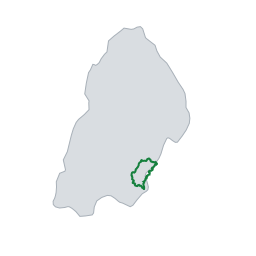 location of Kurtoe, Lhuntshi, Bhutan, rotated 110°
{"feature_id": "84629894B57016809532633", "entity_name": "Kurtoe", "entity_type": "district", "adm_level": 2, "iso_a3": "BTN", "parent_name": "Bhutan", "parent_adm1": "Lhuntshi", "projection": "robinson", "projection_center": [90.998, 27.926], "detail": "medium", "context": "in_parent", "style": "outline", "palette": "green", "viewbox_px": 256, "rotation_deg": 110, "n_neighbors": 0, "source": "geoboundaries", "source_scale": "gbopen_adm2", "svg_char_len": 3023}
<svg xmlns="http://www.w3.org/2000/svg" viewBox="0 0 256 256"><g transform="rotate(110 128 128)"><path d="M200.6,110.3L200.2,111.9L198.6,116.1L197.5,120.7L198.4,124.4L202.2,128.9L207.2,132.4L213.7,132.7L219.6,131.3L221.9,131.9L225.2,137.9L227.5,143.0L224.4,148.3L222.7,153.0L222.1,156.3L222.5,157.7L224.4,160.4L226.6,165.0L226.9,169.2L225.5,172.0L222.5,173.3L219.2,172.9L216.5,173.0L213.2,173.5L207.9,175.0L203.0,177.0L193.9,176.7L190.2,172.5L188.5,172.5L180.1,177.9L171.0,176.9L154.5,178.7L147.5,179.1L140.4,178.6L136.8,177.4L130.2,173.6L124.1,170.9L117.9,173.4L115.8,173.9L110.8,180.3L100.1,182.5L89.4,184.0L86.3,183.2L80.2,182.8L80.0,181.3L80.2,179.8L78.8,178.6L76.4,177.4L72.2,176.9L66.8,175.3L63.7,173.8L52.8,176.1L46.4,172.6L39.2,168.0L35.5,165.9L34.2,158.7L32.9,156.4L30.1,153.9L28.5,151.0L29.8,148.1L37.1,142.5L37.7,141.2L41.0,130.9L45.7,127.2L50.3,122.0L53.8,113.7L60.5,105.2L67.8,96.5L72.9,89.5L76.2,86.2L83.1,82.6L88.9,80.5L92.9,75.8L97.7,73.2L102.6,72.0L109.9,72.6L116.8,74.3L124.4,76.7L125.3,78.6L124.6,81.9L123.5,85.3L123.5,87.1L124.6,88.0L132.0,88.7L141.1,88.2L146.2,88.6L157.5,91.8L160.8,94.0L164.3,95.7L167.7,95.4L171.9,91.8L176.4,88.7L179.2,88.2L181.3,89.2L184.9,92.1L192.3,94.9L199.0,97.0L201.2,99.0L200.4,107.5L200.6,110.3Z" fill="#d9dde1" stroke="#a8b0b8" stroke-width="1"/><path d="M153.6,103.7L153.5,104.2L154.1,104.6L154.4,104.5L154.5,104.3L154.8,104.2L155.4,104.3L156.1,105.0L156.7,105.4L158.1,105.6L159.5,105.2L160.8,105.4L161.0,105.5L161.5,105.4L162.3,105.9L163.0,105.9L163.9,106.5L164.3,106.6L164.9,106.3L165.4,106.4L166.4,106.2L166.8,106.3L167.8,106.9L167.8,107.6L167.7,107.8L168.0,108.5L168.6,108.9L169.5,108.9L171.2,108.6L171.7,107.8L172.4,107.7L172.6,107.2L172.9,107.0L173.6,106.7L174.6,106.7L175.0,105.9L175.4,104.6L176.4,104.4L176.9,104.9L177.4,105.0L178.0,104.7L177.9,103.9L178.0,103.2L177.8,102.7L178.1,102.2L179.0,102.2L179.6,101.5L179.5,99.6L179.3,99.3L178.4,99.1L177.7,98.2L177.8,97.8L178.3,97.3L178.3,97.1L178.0,96.7L177.8,96.0L178.5,95.2L178.6,94.8L179.3,94.2L179.4,92.8L179.6,92.7L179.9,92.4L179.8,92.1L178.7,92.3L178.2,92.7L177.5,92.9L177.1,93.4L175.3,94.5L174.5,94.5L173.9,94.1L172.8,94.5L172.8,94.8L171.9,94.1L171.4,94.2L171.1,94.0L170.5,94.0L169.8,94.2L169.1,93.4L168.7,93.8L168.2,93.5L167.5,93.4L167.3,93.6L167.4,94.1L166.4,93.9L166.1,93.2L165.5,93.2L164.8,92.5L164.4,91.9L164.1,92.1L162.8,92.1L162.5,92.7L162.5,93.2L161.9,93.5L161.6,93.5L161.4,93.1L161.0,93.0L160.6,92.6L160.5,91.9L160.2,91.5L158.9,90.6L158.6,90.6L158.3,90.9L158.3,91.4L157.9,91.8L157.0,91.7L156.9,91.6L157.1,91.1L156.9,90.8L155.5,90.5L154.9,90.1L154.4,90.1L154.1,90.2L153.1,90.0L152.8,89.7L153.0,89.4L153.0,89.1L152.1,88.9L152.0,88.6L151.5,88.7L151.3,89.4L151.0,89.6L150.6,90.3L151.3,90.6L151.2,91.2L151.1,92.0L151.2,92.4L151.6,92.7L151.4,93.7L151.7,94.3L151.7,94.5L151.4,95.3L150.5,95.7L150.0,96.3L150.2,96.7L150.1,97.0L149.5,97.8L149.6,98.1L150.6,99.2L152.3,99.4L152.8,99.7L152.9,100.0L152.8,100.3L153.0,101.1L153.9,102.8L153.9,103.4L153.6,103.7Z" fill="none" stroke="#15803d" stroke-width="2"/></g></svg>